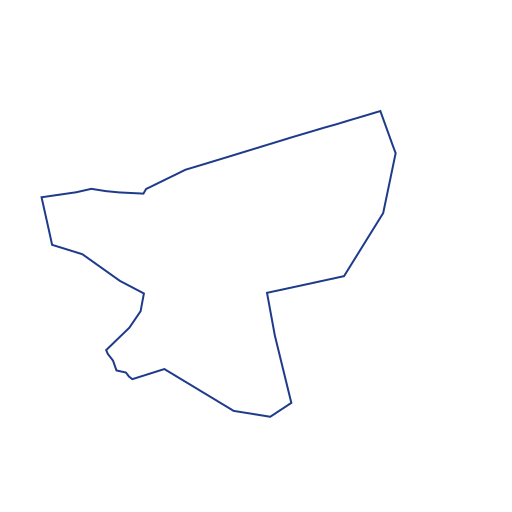 San Pedro Taviche, Oaxaca, Mexico, rotated 153°
{"feature_id": "50627088B42650347331472", "entity_name": "San Pedro Taviche", "entity_type": "district", "adm_level": 2, "iso_a3": "MEX", "parent_name": "Mexico", "parent_adm1": "Oaxaca", "projection": "orthographic", "projection_center": [-96.523, 16.649], "detail": "fine", "context": "isolated", "style": "outline", "palette": "blue", "viewbox_px": 512, "rotation_deg": 153, "n_neighbors": 0, "source": "geoboundaries", "source_scale": "gbopen_adm2", "svg_char_len": 691}
<svg xmlns="http://www.w3.org/2000/svg" viewBox="0 0 512 512"><g transform="rotate(153 256 256)"><path d="M420.4,405.7L429.0,372.3L432.6,358.5L409.9,336.4L388.5,295.5L372.9,273.5L383.9,259.2L401.4,249.6L432.2,240.2L432.5,236.0L430.9,227.7L432.3,217.4L424.8,211.2L423.9,206.2L422.1,202.4L389.0,196.9L346.2,128.1L316.3,106.3L291.2,109.1L275.5,175.8L275.4,176.3L262.9,218.2L222.5,207.5L186.7,198.1L123.2,236.5L104.4,259.9L84.9,284.2L84.0,292.2L79.4,328.7L110.5,334.4L125.7,337.1L137.5,339.5L171.2,345.7L214.0,353.2L248.6,359.3L279.7,364.9L298.9,365.2L323.5,365.6L328.0,362.7L349.1,374.8L360.5,382.1L372.2,390.6L387.2,394.4L420.4,405.7Z" fill="none" stroke="#1e3a8a" stroke-width="2"/></g></svg>